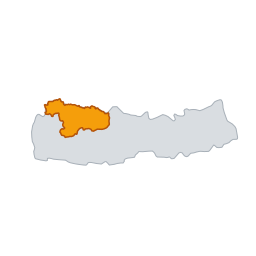 where Karnali sits in Nepal, rotated 334°
{"feature_id": "NPL-1126", "entity_name": "Karnali", "entity_type": "Administrative Zone", "adm_level": 1, "iso_a3": "NPL", "parent_name": "Nepal", "parent_adm1": "", "projection": "natural_earth1", "projection_center": [82.262, 29.569], "detail": "fine", "context": "in_parent", "style": "filled", "palette": "amber", "viewbox_px": 256, "rotation_deg": 334, "n_neighbors": 0, "source": "natural_earth", "source_scale": "10m", "svg_char_len": 6430}
<svg xmlns="http://www.w3.org/2000/svg" viewBox="0 0 256 256"><g transform="rotate(334 128 128)"><path d="M223.1,142.9L224.1,143.7L224.2,145.0L224.1,146.4L223.1,149.5L222.2,151.7L221.3,156.3L220.4,164.2L220.6,165.6L223.5,170.1L224.7,173.6L224.8,176.0L223.7,180.0L222.4,184.5L221.7,185.5L220.9,185.8L217.4,184.3L215.0,184.5L212.3,185.4L209.4,185.2L207.0,184.7L204.0,186.5L201.1,185.5L199.3,184.4L198.0,181.3L197.5,180.9L191.4,184.1L190.0,184.3L186.2,182.6L183.1,180.8L181.9,180.3L178.9,179.6L176.2,179.2L173.3,178.2L169.7,179.6L168.2,179.5L166.9,178.4L166.1,176.3L165.9,174.3L164.7,173.0L162.8,172.7L160.1,173.9L156.2,175.5L154.9,175.2L153.8,174.8L153.4,174.3L152.8,172.5L152.2,172.0L151.3,172.0L149.7,171.5L147.7,170.1L141.6,166.9L140.9,165.4L140.9,162.2L140.5,160.8L139.8,159.4L136.7,158.0L130.7,155.7L127.4,153.9L125.8,154.7L122.8,155.5L121.1,157.1L119.2,156.6L114.5,154.9L112.0,154.6L110.5,155.2L110.2,156.2L108.3,157.3L106.5,156.4L102.9,155.2L99.7,154.6L95.0,153.1L94.4,150.8L93.6,148.6L92.5,148.2L88.3,148.7L84.3,146.2L80.2,143.1L78.4,142.1L77.2,141.7L76.2,142.1L75.0,142.8L74.0,143.0L71.7,141.7L68.8,139.8L65.3,137.4L61.1,134.1L59.4,132.3L58.6,130.9L57.7,129.5L54.1,127.4L51.2,125.7L47.8,123.6L47.2,123.2L45.9,122.0L43.9,120.5L42.3,120.0L41.7,120.9L41.3,121.8L39.9,121.6L37.7,120.0L35.3,118.4L33.5,116.8L31.6,115.3L31.2,114.1L32.0,110.5L33.1,107.5L34.0,106.8L35.6,104.8L36.1,101.2L36.1,98.2L37.6,93.9L39.6,89.3L43.1,84.4L44.7,82.8L46.4,81.7L49.6,78.1L50.3,77.5L51.7,76.6L53.1,76.3L54.1,76.8L55.2,78.7L56.5,80.5L58.0,80.4L59.9,78.8L63.7,71.8L69.1,70.4L74.1,71.1L78.6,72.1L79.9,74.5L80.7,77.0L81.3,78.2L82.8,79.7L89.1,83.2L92.7,86.4L97.8,90.7L101.6,92.6L104.9,92.7L106.8,94.4L109.7,97.7L112.1,101.5L115.1,105.1L117.2,105.0L120.0,103.8L123.5,102.3L125.5,103.1L127.4,104.0L128.0,105.9L129.2,109.3L130.5,112.9L132.5,114.2L134.8,116.0L136.1,117.5L140.5,120.2L141.2,121.3L142.1,122.0L143.1,122.5L144.0,123.1L145.4,123.2L150.5,121.6L151.9,121.8L152.6,122.1L152.7,122.7L151.8,125.2L151.0,128.5L151.8,130.1L154.0,130.8L158.7,131.2L165.1,131.2L167.0,132.8L169.0,135.3L170.9,139.5L171.7,141.3L172.7,141.8L174.3,141.1L174.6,139.4L174.7,136.8L176.0,135.9L176.9,136.6L178.0,138.6L180.6,140.4L182.6,141.3L184.4,141.0L185.1,140.3L186.0,136.8L187.4,136.2L189.2,136.5L189.9,137.2L190.7,138.6L192.9,139.2L195.1,140.1L197.1,141.3L200.1,143.9L203.6,144.3L207.8,144.3L209.9,144.3L211.5,144.5L213.0,144.4L217.2,142.5L218.9,142.4L221.1,142.6L223.1,142.9Z" fill="#d9dde1" stroke="#a8b0b8" stroke-width="1"/><path d="M68.4,69.5L68.9,69.7L71.8,71.1L72.3,71.2L72.8,71.1L73.3,70.9L73.9,70.8L74.9,71.3L75.7,71.2L76.1,71.3L76.4,71.5L76.6,71.9L76.8,72.1L77.0,72.1L77.3,72.0L77.5,71.9L78.7,71.8L79.3,71.8L79.6,72.0L79.7,72.5L79.5,74.1L79.5,74.9L79.8,75.4L80.2,75.7L80.9,75.9L81.2,76.3L81.1,76.9L80.6,78.0L80.6,78.3L80.7,78.9L81.0,79.5L81.2,79.9L81.7,79.9L82.1,79.8L82.5,79.7L83.6,80.4L84.1,80.5L84.6,80.5L85.1,80.6L85.3,80.8L85.6,81.3L85.8,81.4L86.1,81.5L86.5,81.4L86.9,81.4L87.2,81.7L87.5,82.1L87.9,82.5L88.4,82.9L88.8,83.1L89.9,83.5L90.4,83.8L92.2,86.2L92.6,86.5L92.8,86.5L93.3,86.3L93.6,86.3L93.9,86.5L93.8,87.0L93.7,87.4L93.9,87.9L95.3,89.1L95.8,89.8L96.0,90.0L96.3,90.2L96.6,90.3L96.9,90.5L97.0,90.8L97.4,91.3L97.9,91.2L98.4,90.7L98.9,90.5L99.1,90.6L99.4,91.1L99.6,91.2L99.9,91.3L100.4,91.2L100.7,91.2L102.0,92.5L102.2,92.8L102.5,93.5L102.8,93.7L103.1,93.7L103.3,93.3L103.3,92.9L103.5,92.6L104.2,92.4L104.8,92.3L105.1,92.3L105.4,92.5L105.7,92.7L105.8,92.9L105.9,93.3L106.1,93.5L106.5,93.7L106.7,93.8L107.2,94.4L107.4,94.7L107.5,95.2L107.4,95.4L107.3,95.6L107.1,95.8L107.1,96.1L107.5,96.7L109.0,96.4L109.7,97.1L109.7,97.6L109.7,98.0L109.7,98.4L110.4,99.0L110.5,99.3L110.5,99.7L110.6,100.1L110.9,100.4L111.2,100.5L111.4,100.8L111.6,101.6L111.9,101.8L112.6,102.1L113.0,102.4L113.2,102.8L113.4,103.9L113.5,104.6L113.5,104.8L113.7,105.1L114.0,105.2L114.6,105.3L114.8,105.5L115.1,105.7L116.1,105.9L116.4,105.9L116.8,105.7L116.8,105.8L117.0,106.7L116.9,107.0L116.7,107.3L116.4,107.5L116.2,107.9L116.1,108.2L115.9,110.4L115.8,110.9L115.6,111.1L115.4,111.3L114.1,113.1L113.7,114.0L112.9,116.3L112.5,116.8L110.4,117.7L109.9,118.0L109.4,118.2L108.2,118.4L107.8,118.4L107.0,118.3L106.5,118.3L106.1,118.3L105.5,118.1L104.8,118.0L103.9,117.7L100.3,115.8L99.8,115.6L99.5,115.6L98.0,115.7L96.8,115.6L96.5,115.6L96.3,115.7L95.9,115.8L95.5,115.6L94.4,114.8L94.2,114.6L94.2,114.3L94.2,113.9L94.2,113.4L94.2,113.1L94.0,112.8L93.1,111.8L92.7,111.4L92.4,111.2L91.0,110.8L89.6,110.2L89.0,110.1L88.8,110.3L88.7,110.4L88.5,110.5L88.2,110.6L87.8,110.5L87.3,110.3L87.2,110.2L87.0,109.9L87.0,109.7L87.1,109.4L87.2,109.2L87.2,108.7L87.3,108.4L87.2,108.2L87.1,107.8L86.1,107.3L84.3,107.3L83.9,107.4L81.5,108.5L81.3,108.7L81.1,108.8L80.8,109.3L80.7,109.5L80.3,109.9L80.1,110.1L80.0,110.4L79.6,110.9L79.3,111.0L79.0,111.0L78.8,110.9L78.7,110.7L78.5,110.4L78.4,110.3L78.3,110.2L77.9,110.1L75.7,111.1L73.8,110.9L73.3,110.8L72.8,110.5L72.5,110.3L72.1,110.1L70.8,109.9L68.8,109.2L68.0,109.0L67.5,108.9L67.4,108.7L67.4,108.3L67.4,107.5L66.8,106.7L66.5,106.4L66.2,106.1L65.5,105.7L65.3,105.5L65.2,105.1L65.1,104.7L65.3,102.9L65.1,102.4L65.0,102.2L65.0,101.9L65.1,101.6L65.4,101.3L66.1,100.5L66.5,100.2L67.4,99.9L67.8,99.8L68.2,99.8L68.4,99.8L68.6,99.9L69.2,100.5L69.4,100.6L69.7,100.6L70.1,100.6L71.0,100.3L71.1,99.8L70.9,99.3L70.6,98.8L70.5,98.1L70.5,97.4L70.6,96.9L70.8,96.4L71.0,96.0L71.9,95.3L72.3,95.0L72.5,94.4L72.5,93.9L72.5,93.3L72.4,93.0L72.3,92.8L71.8,92.7L71.7,92.7L71.3,92.5L71.0,92.3L70.7,92.0L70.5,91.6L70.3,91.1L70.3,90.8L70.3,90.5L71.0,88.3L71.1,87.6L71.2,86.7L71.2,86.3L71.3,86.1L71.4,85.9L71.7,85.7L71.9,85.5L72.1,85.3L72.2,85.1L72.2,84.9L72.2,84.5L72.1,84.3L71.9,84.0L71.5,83.9L70.6,83.7L70.2,83.6L69.9,83.3L69.6,83.2L69.2,83.1L67.4,83.2L67.2,83.2L66.9,83.3L66.4,83.6L65.8,84.5L65.6,84.6L65.3,84.6L65.1,84.5L64.6,84.1L64.5,83.8L64.5,83.6L64.6,83.0L64.6,82.7L64.6,82.4L64.5,82.2L64.4,82.0L64.2,81.8L64.0,81.3L63.9,80.8L63.6,80.7L63.1,80.7L62.3,80.8L62.1,80.8L61.9,80.6L61.6,80.4L61.4,80.2L60.9,80.0L60.4,79.6L60.2,79.5L60.3,79.2L60.4,78.8L60.4,78.6L60.2,78.1L60.2,77.9L60.4,77.7L60.8,77.7L61.2,77.7L61.5,77.7L61.9,77.4L62.1,77.0L62.3,76.5L62.4,75.6L62.7,75.1L62.8,74.8L62.8,74.6L62.6,74.1L62.6,73.9L62.6,72.9L62.7,72.4L62.9,72.0L63.0,71.6L63.0,71.1L63.0,70.8L63.5,70.6L64.0,70.8L64.8,71.7L65.3,72.0L65.9,72.1L66.2,72.0L66.5,70.9L66.6,70.6L66.8,70.5L67.2,70.4L67.5,70.3L67.6,70.0L67.7,69.8L67.9,69.6L68.4,69.5Z" fill="#f59e0b" stroke="#b45309" stroke-width="1.5"/></g></svg>